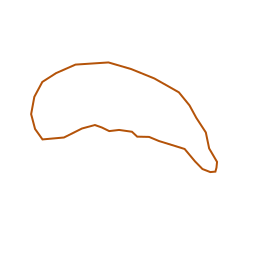 the district of PiisEmwar, Federated States of Micronesia, rotated 215°
{"feature_id": "79324940B93470645424245", "entity_name": "PiisEmwar", "entity_type": "district", "adm_level": 2, "iso_a3": "FSM", "parent_name": "Federated States of Micronesia", "parent_adm1": "", "projection": "natural_earth1", "projection_center": [152.701, 6.836], "detail": "fine", "context": "isolated", "style": "outline", "palette": "amber", "viewbox_px": 256, "rotation_deg": 215, "n_neighbors": 0, "source": "geoboundaries", "source_scale": "gbopen_adm2", "svg_char_len": 545}
<svg xmlns="http://www.w3.org/2000/svg" viewBox="0 0 256 256"><g transform="rotate(215 128 128)"><path d="M149.8,113.4L141.6,114.7L134.2,121.3L122.6,127.2L115.5,126.2L105.6,132.8L95.1,135.1L69.6,143.3L54.0,139.1L43.5,137.1L35.3,139.1L31.4,142.4L32.8,146.3L35.6,151.3L49.8,157.8L61.7,169.0L77.9,175.5L90.6,181.8L106.8,186.4L134.8,183.7L159.2,178.1L181.6,170.5L207.4,149.8L218.4,131.7L224.6,116.6L222.6,99.8L215.3,83.8L203.6,73.9L191.5,69.6L175.0,83.5L165.4,101.2L156.9,111.4L149.8,113.4Z" fill="none" stroke="#b45309" stroke-width="2"/></g></svg>